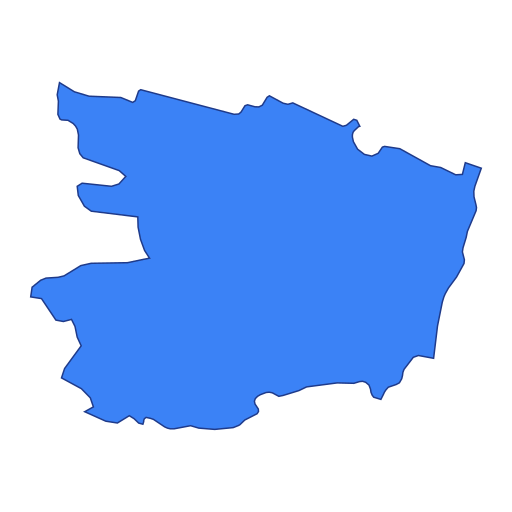 the border of Maine-et-Loire
{"feature_id": "FRA-5321", "entity_name": "Maine-et-Loire", "entity_type": "Metropolitan department", "adm_level": 1, "iso_a3": "FRA", "parent_name": "France", "parent_adm1": "", "projection": "orthographic", "projection_center": [-0.78, 47.399], "detail": "fine", "context": "isolated", "style": "filled", "palette": "blue", "viewbox_px": 512, "rotation_deg": 0, "n_neighbors": 0, "source": "natural_earth", "source_scale": "10m", "svg_char_len": 3093}
<svg xmlns="http://www.w3.org/2000/svg" viewBox="0 0 512 512"><path d="M111.5,186.3L118.9,184.0L125.8,176.4L119.2,170.6L83.2,157.8L79.8,153.7L78.1,147.8L78.5,135.0L77.3,129.1L75.5,126.0L73.2,123.5L68.0,120.3L61.7,119.9L60.0,119.1L57.9,114.4L58.4,101.1L57.2,94.8L59.5,82.6L74.4,91.8L89.1,96.2L120.8,97.5L132.7,102.4L135.3,100.7L138.6,91.1L140.7,89.7L234.1,114.3L238.7,114.0L241.0,112.1L245.0,105.7L247.6,104.8L255.0,106.8L258.9,106.9L262.3,105.2L267.1,97.3L269.4,95.8L283.1,103.2L287.9,104.3L292.8,102.9L342.8,126.3L346.4,125.3L353.7,119.3L356.8,120.3L359.8,126.3L358.6,126.6L354.2,130.7L353.0,132.4L352.4,134.8L352.4,137.1L353.4,141.7L357.6,149.2L364.4,154.4L371.9,156.1L378.2,153.3L382.4,147.1L384.6,146.4L399.8,148.7L430.5,165.7L440.7,167.5L455.7,174.8L462.4,174.4L465.3,162.7L481.3,168.2L474.9,186.2L473.8,191.2L474.0,196.8L475.9,204.5L476.5,207.6L476.1,210.7L467.4,231.4L466.2,237.3L463.0,247.8L462.4,251.9L464.4,259.8L464.0,263.5L456.5,277.1L448.5,287.9L445.3,293.6L443.9,296.8L442.3,302.1L437.5,326.0L433.6,358.3L418.4,355.5L413.3,357.3L404.0,369.4L402.9,372.4L402.5,375.5L401.7,378.8L399.4,382.8L396.2,384.5L388.3,387.2L385.9,389.9L384.4,392.2L383.5,394.2L380.9,399.4L373.7,397.2L372.2,395.2L371.0,392.3L370.5,389.1L369.0,385.1L365.7,382.3L362.6,381.3L359.5,381.6L353.9,383.3L337.2,382.9L306.6,386.9L298.9,390.6L282.9,395.5L278.8,396.3L272.3,392.8L269.2,392.2L266.1,392.5L260.3,394.7L257.6,396.3L255.3,398.6L254.4,401.2L255.0,404.0L258.3,409.0L258.5,411.5L257.1,413.7L244.8,420.0L239.9,424.7L238.5,425.5L233.2,427.6L214.7,429.4L198.8,428.1L190.6,425.7L174.1,428.8L170.2,428.8L167.4,428.1L164.7,426.9L153.5,419.4L150.3,418.3L146.1,417.4L144.3,418.8L143.7,420.6L143.7,421.6L142.9,424.2L138.7,423.1L134.1,418.7L129.3,415.7L117.4,423.0L105.8,421.2L84.7,411.7L93.4,406.9L90.3,397.8L81.4,388.7L61.5,377.9L64.6,368.5L81.2,345.8L77.2,337.1L75.0,326.4L71.5,319.4L63.4,321.5L55.9,320.1L41.5,298.6L30.7,296.9L32.1,287.3L32.1,287.2L32.3,287.1L32.6,286.9L32.8,286.6L33.0,286.5L33.2,286.4L33.4,286.2L33.6,286.1L33.8,285.9L34.0,285.7L34.4,285.3L34.7,285.1L34.9,284.9L35.2,284.7L35.4,284.5L35.7,284.3L35.9,284.1L36.2,283.9L36.5,283.7L37.0,283.3L37.3,283.0L37.5,282.8L37.8,282.6L38.0,282.4L38.3,282.2L38.5,282.0L38.7,281.8L39.0,281.7L39.4,281.3L39.6,281.1L39.8,281.0L39.9,280.9L40.1,280.7L40.4,280.5L40.5,280.4L40.7,280.2L40.8,280.2L46.0,278.1L58.1,277.3L64.0,275.9L80.8,265.6L91.1,263.3L127.6,262.7L127.8,262.6L128.0,262.6L128.5,262.5L128.8,262.4L129.1,262.4L129.5,262.3L129.9,262.2L130.3,262.1L130.8,262.0L131.3,261.9L131.8,261.8L132.4,261.7L132.9,261.6L133.5,261.4L134.1,261.3L134.7,261.2L135.4,261.1L136.0,260.9L136.6,260.8L137.3,260.7L138.0,260.5L138.6,260.4L139.3,260.2L139.9,260.1L140.6,260.0L141.2,259.8L141.9,259.7L142.5,259.6L143.1,259.4L143.7,259.3L144.3,259.2L144.9,259.1L145.4,259.0L145.9,258.9L146.4,258.8L146.9,258.7L147.3,258.6L147.8,258.5L148.1,258.4L148.5,258.3L148.8,258.3L149.0,258.2L149.4,258.1L149.5,258.1L144.6,250.5L140.5,239.3L138.1,227.2L137.8,216.9L91.3,211.2L84.4,206.2L78.3,195.5L77.2,186.3L82.1,183.2L111.5,186.3Z" fill="#3b82f6" stroke="#1e3a8a" stroke-width="1.5"/></svg>